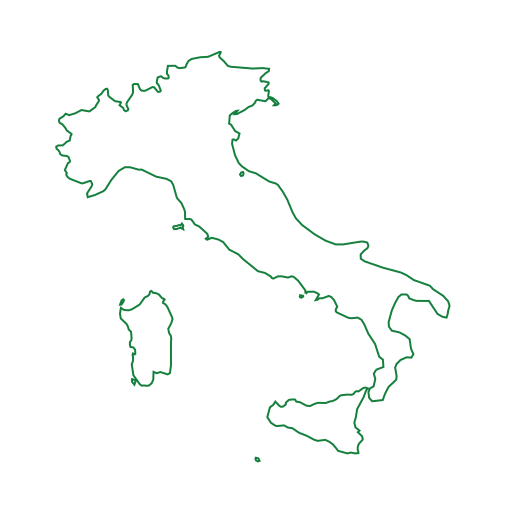 an SVG outline of Italy, rotated 354°
{"feature_id": "ITA", "entity_name": "Italy", "entity_type": "country or territory", "adm_level": 0, "iso_a3": "ITA", "parent_name": "Europe", "parent_adm1": "", "projection": "natural_earth1", "projection_center": [11.757, 41.885], "detail": "fine", "context": "isolated", "style": "outline", "palette": "green", "viewbox_px": 512, "rotation_deg": 354, "n_neighbors": 0, "source": "natural_earth", "source_scale": "50m", "svg_char_len": 6030}
<svg xmlns="http://www.w3.org/2000/svg" viewBox="0 0 512 512"><g transform="rotate(354 256 256)"><path d="M81.6,94.6L84.9,96.4L91.1,95.2L97.7,92.6L105.4,94.8L111.8,91.1L112.5,89.7L116.0,85.4L116.1,84.3L114.7,81.6L115.1,81.0L119.4,78.3L121.5,75.8L123.8,74.2L125.4,74.1L126.0,75.8L125.8,80.6L126.4,82.0L132.0,87.3L137.4,88.7L137.7,89.3L136.1,91.8L139.4,94.9L140.0,97.1L141.5,98.4L143.7,97.8L144.4,96.6L143.0,92.4L143.1,91.1L143.7,89.7L149.4,83.1L150.9,80.4L151.3,73.0L152.7,72.2L156.5,72.7L158.1,78.0L159.5,79.6L163.0,80.1L170.6,77.2L172.3,77.5L175.4,82.3L176.6,82.7L178.1,82.3L178.6,81.7L177.5,77.4L176.7,75.1L175.6,74.1L175.4,72.7L176.9,68.1L180.3,67.3L182.6,69.5L185.4,70.2L187.5,70.1L187.9,68.8L187.8,67.4L186.5,65.5L186.8,62.8L188.3,57.7L195.6,58.4L197.7,60.5L199.9,61.2L204.9,61.1L205.9,60.4L207.1,57.9L209.3,54.9L212.7,53.3L221.5,52.5L229.1,52.9L241.3,49.2L242.1,49.4L242.2,50.0L240.1,53.0L240.8,54.9L244.3,58.8L248.0,64.1L250.9,65.2L272.2,69.2L282.1,69.8L288.6,71.2L288.0,73.5L284.4,75.4L279.4,79.2L278.8,81.4L279.4,82.8L280.1,83.3L281.0,82.9L282.3,83.2L286.7,84.7L286.7,85.5L286.2,86.5L282.2,90.1L282.2,92.2L282.9,92.7L285.7,92.5L286.1,93.2L284.8,98.2L285.2,99.1L287.7,99.9L289.6,101.1L293.0,104.3L294.4,106.9L293.4,107.7L291.3,108.2L289.6,108.0L291.5,106.4L286.7,100.7L284.5,100.7L281.6,103.1L273.5,100.7L272.0,101.7L270.9,103.6L268.1,106.0L264.2,107.0L259.8,109.7L251.6,112.9L249.5,112.7L252.8,109.6L251.4,109.6L247.1,111.7L244.6,113.5L243.1,121.6L245.0,122.9L248.3,129.6L252.4,132.4L250.6,137.3L248.1,139.1L246.1,137.7L244.8,137.8L243.9,142.1L245.7,153.7L248.6,161.8L251.4,165.4L257.8,170.9L264.6,173.8L276.8,183.2L283.5,186.1L285.3,187.7L289.4,194.9L293.0,203.2L296.9,216.3L299.6,222.7L305.1,230.0L316.5,240.5L326.9,248.1L336.5,252.8L344.0,253.6L361.7,252.6L364.8,253.0L368.1,254.3L368.9,257.6L367.7,259.8L364.0,262.1L360.3,265.3L359.9,269.6L363.5,272.7L380.8,280.8L398.4,287.6L404.0,291.0L410.4,296.4L425.9,303.8L428.5,307.4L438.0,315.2L442.4,321.2L443.3,325.8L441.4,330.5L440.5,333.9L439.0,337.2L435.0,335.9L430.4,332.5L423.3,318.8L410.9,317.4L408.3,316.4L403.9,314.1L403.6,312.5L402.4,310.6L401.3,309.9L396.6,309.5L393.3,311.7L389.6,317.0L385.3,324.5L381.0,335.6L380.8,340.1L383.3,344.5L390.6,346.9L396.3,350.8L400.1,354.8L400.5,364.6L402.3,370.1L399.9,373.3L395.2,372.5L388.9,374.5L384.5,378.1L382.7,381.5L383.3,390.3L382.5,393.7L374.1,400.1L369.8,406.7L367.0,412.5L356.3,412.6L353.7,408.8L353.6,403.1L355.4,399.6L359.3,398.0L361.8,390.8L360.9,385.5L362.4,383.2L363.9,381.6L371.1,379.7L371.4,372.4L368.0,369.1L365.2,355.9L359.6,345.0L356.5,335.2L354.2,330.4L350.7,327.9L344.5,327.9L341.5,327.2L330.4,320.5L329.6,319.4L329.7,317.6L331.5,314.9L330.2,311.3L328.9,307.8L326.7,304.8L324.3,303.3L317.7,305.0L314.6,304.7L312.2,306.0L310.8,306.1L314.6,300.9L313.5,299.7L309.7,297.5L303.2,297.0L302.3,298.3L301.3,297.6L301.4,295.2L295.3,284.9L291.3,280.7L289.3,279.9L285.6,280.8L279.5,278.9L275.8,278.5L270.8,280.3L269.3,279.4L268.8,278.1L263.2,273.8L256.3,271.3L242.7,257.6L238.6,252.5L230.1,246.9L224.8,238.7L220.4,235.7L214.0,233.3L209.1,234.7L207.9,233.6L210.5,232.0L209.9,228.9L202.7,220.8L198.5,218.2L195.5,212.9L193.5,212.1L191.8,212.2L189.4,211.7L190.0,204.8L189.6,202.3L187.4,195.7L183.4,190.0L181.1,176.6L179.4,172.8L175.0,169.9L165.1,166.7L151.3,158.1L148.4,157.9L140.1,154.6L135.0,154.0L128.3,157.0L120.0,165.3L113.3,173.9L110.9,175.6L102.3,178.5L94.8,179.9L94.5,176.1L99.9,169.4L100.7,167.4L99.5,164.2L98.4,164.0L91.2,165.7L89.5,165.2L78.7,159.6L76.6,157.4L75.8,155.2L76.5,153.8L74.9,150.5L78.7,143.9L80.2,143.4L81.0,142.3L79.9,138.0L78.2,136.7L73.9,135.8L72.0,134.3L71.6,132.2L70.6,130.3L68.9,128.5L68.7,126.5L70.7,125.4L75.4,125.8L79.8,122.6L82.8,121.7L84.1,117.4L85.1,116.1L85.3,115.3L81.0,111.4L79.5,108.2L77.1,104.7L74.7,103.1L74.3,101.9L74.3,100.4L74.8,99.0L79.1,96.9L81.6,94.6ZM251.4,174.6L252.3,172.6L251.9,171.1L250.0,171.4L248.6,173.3L249.5,174.9L251.4,174.6ZM351.4,401.3L348.3,407.6L340.6,418.8L338.5,426.6L336.4,431.9L337.0,436.8L340.7,440.5L338.9,441.9L342.7,446.4L342.9,448.1L342.9,449.8L339.4,452.9L338.0,454.6L337.2,456.8L336.9,458.9L337.3,460.9L337.2,462.8L333.6,462.6L329.9,461.4L326.3,461.9L317.4,458.4L312.9,451.4L309.4,448.4L305.7,446.1L298.0,446.3L294.6,444.8L287.7,440.1L280.3,436.3L274.1,431.0L269.9,430.0L266.2,427.4L258.9,427.3L257.0,426.4L253.4,423.4L250.4,417.4L254.0,408.0L257.7,405.8L260.0,402.8L263.7,407.6L265.4,408.7L267.1,408.5L270.1,406.8L270.4,404.9L273.7,402.5L277.9,402.5L279.9,402.9L280.9,405.1L284.4,406.0L290.5,410.1L294.0,410.9L298.7,409.2L302.4,408.5L310.0,409.5L314.2,408.4L317.0,408.3L321.2,406.7L324.4,404.1L326.1,403.4L332.3,403.4L336.7,404.0L338.6,403.4L340.1,401.7L341.9,400.9L343.8,401.4L348.9,398.5L351.1,398.3L353.3,399.4L351.4,401.3ZM161.0,294.8L162.5,297.3L166.0,307.8L166.4,310.0L164.7,314.0L161.1,319.3L161.6,323.7L162.9,326.3L163.1,329.3L162.4,333.0L160.0,355.9L158.2,363.4L155.8,364.5L148.7,361.4L145.0,362.2L142.0,360.5L140.9,368.3L139.0,371.5L136.3,373.5L133.7,373.7L131.1,373.0L128.8,373.0L127.1,371.5L121.6,361.8L121.1,350.8L122.7,347.5L123.1,344.1L122.9,341.2L123.5,340.1L124.8,341.2L125.7,340.8L126.0,336.5L124.4,334.1L121.6,333.3L121.3,330.9L121.6,328.5L123.1,326.9L123.7,324.8L123.8,318.3L121.8,315.9L121.1,312.3L120.1,310.0L115.0,304.0L114.7,299.2L116.2,293.5L118.9,295.7L120.6,296.2L123.9,296.7L127.2,296.0L135.2,292.1L140.9,285.7L144.4,284.4L146.2,282.7L146.8,280.4L148.3,279.8L150.0,282.0L152.1,282.2L155.4,284.1L158.0,287.9L160.5,289.4L160.6,289.9L159.6,290.4L158.5,292.8L161.0,294.8ZM185.6,216.0L186.7,217.6L186.8,218.5L186.1,219.5L186.4,221.8L183.7,219.9L179.7,220.9L177.3,220.7L176.6,218.9L177.2,217.9L181.0,217.7L182.2,217.2L184.5,217.5L185.6,216.0ZM123.4,367.3L121.6,371.3L119.7,368.5L119.6,366.1L119.9,365.4L123.4,367.3ZM119.3,287.6L117.1,290.3L115.7,290.2L117.7,286.1L119.4,285.2L120.1,286.0L119.3,287.6ZM238.1,460.1L236.5,460.5L234.5,459.1L234.3,457.2L234.7,456.6L237.2,457.5L238.1,460.1ZM298.7,301.3L296.6,302.2L295.7,301.7L295.3,301.1L295.8,299.6L298.7,300.5L298.7,301.3Z" fill="none" stroke="#15803d" stroke-width="2"/></g></svg>